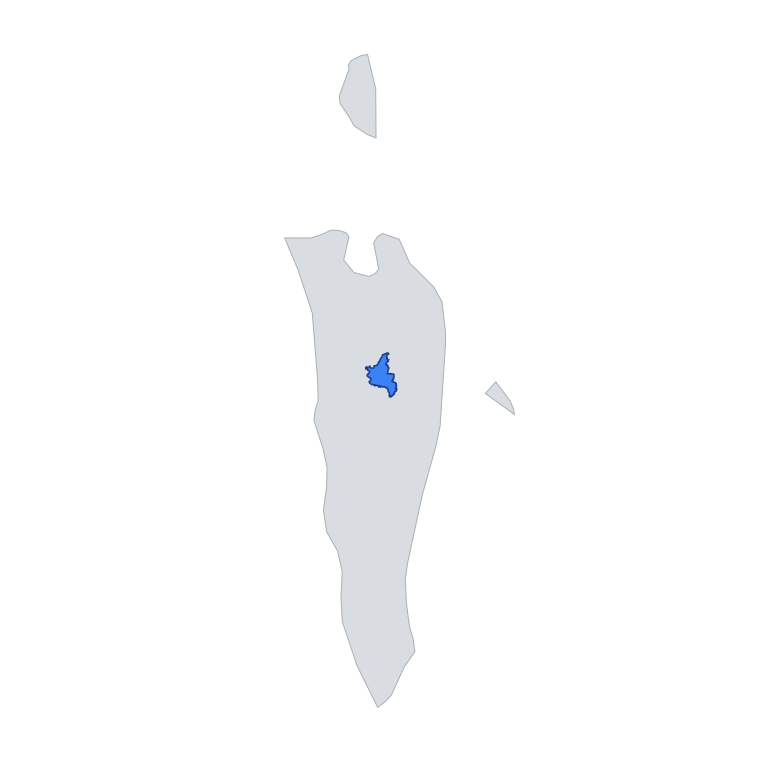 Maubisse, Ainaro, East Timor shown in context, rotated 105°
{"feature_id": "22284137B40449592168850", "entity_name": "Maubisse", "entity_type": "district", "adm_level": 2, "iso_a3": "TLS", "parent_name": "East Timor", "parent_adm1": "Ainaro", "projection": "albers", "projection_center": [125.632, -8.847], "detail": "fine", "context": "in_parent", "style": "filled", "palette": "blue", "viewbox_px": 768, "rotation_deg": 105, "n_neighbors": 0, "source": "geoboundaries", "source_scale": "gbopen_adm2", "svg_char_len": 6181}
<svg xmlns="http://www.w3.org/2000/svg" viewBox="0 0 768 768"><g transform="rotate(105 384 384)"><path d="M268.6,517.8L261.9,492.4L254.8,481.6L249.3,475.4L247.4,467.7L247.7,459.7L251.0,456.0L274.7,455.0L284.1,441.9L284.0,426.3L279.3,421.0L274.6,418.8L250.2,430.5L243.2,428.4L239.0,424.2L240.3,406.8L260.5,390.5L277.5,361.0L289.5,349.3L317.5,338.2L328.8,335.1L410.2,318.9L429.7,317.8L481.3,318.3L550.4,314.9L567.5,312.8L589.7,305.7L611.1,296.9L622.6,289.9L634.5,284.9L652.2,291.3L682.4,296.3L690.5,300.5L698.0,306.4L662.9,337.3L624.3,362.8L600.7,370.5L576.2,375.7L557.5,385.5L541.7,401.1L521.6,409.8L498.9,412.7L479.5,417.3L461.9,426.4L437.5,442.1L427.6,443.7L417.1,443.3L396.9,449.3L333.9,471.7L295.9,496.6L268.6,517.8ZM70.0,485.2L101.1,468.4L148.4,455.4L147.3,464.8L142.5,479.6L135.3,486.5L124.5,499.0L117.4,501.8L89.0,499.2L85.3,501.0L80.4,499.7L73.1,491.7L70.0,485.2ZM379.7,250.2L366.9,283.7L352.9,276.6L367.8,257.7L374.9,252.2L379.7,250.2Z" fill="#d9dde1" stroke="#a8b0b8" stroke-width="1"/><path d="M353.1,388.3L353.2,388.5L353.2,388.9L353.4,389.1L353.5,389.5L354.0,389.9L354.2,390.1L354.3,390.3L354.7,390.5L354.7,391.0L355.1,391.5L355.6,391.7L355.6,392.0L355.8,392.4L355.9,392.7L356.0,392.8L356.3,392.9L357.9,393.0L358.9,393.2L359.7,393.6L361.4,394.1L362.2,394.0L362.7,394.0L363.0,394.1L363.6,394.6L363.9,394.9L364.0,394.8L364.2,394.5L364.4,394.4L364.6,394.5L364.8,394.8L365.4,395.0L366.2,394.8L366.4,394.9L366.6,395.2L366.9,395.5L367.3,395.7L367.4,395.8L367.8,395.9L367.8,396.1L367.9,396.3L368.1,396.5L368.3,396.5L368.5,397.2L368.8,397.5L368.9,398.0L369.1,398.2L369.2,398.3L370.2,398.2L370.3,398.1L370.5,398.1L371.0,398.1L370.9,398.1L371.1,398.3L371.3,398.5L371.5,398.5L371.8,399.3L371.8,399.7L371.8,400.0L371.9,400.5L371.8,401.0L371.5,401.1L371.1,401.6L370.8,402.0L370.4,402.4L370.7,402.7L370.8,402.7L371.1,402.6L371.5,402.8L372.1,403.6L372.1,404.2L371.9,404.8L372.0,405.0L371.9,405.2L372.1,405.5L372.5,405.6L373.1,406.0L373.4,405.9L373.6,405.7L373.8,405.3L373.9,405.2L374.2,405.2L374.3,405.1L373.8,404.8L373.7,404.4L373.3,403.9L373.7,403.7L373.8,403.8L374.5,403.5L374.5,403.4L374.9,403.2L375.1,403.0L375.0,402.0L375.2,401.3L375.4,401.3L375.7,401.1L375.9,401.1L376.0,401.1L376.2,401.3L377.1,401.3L377.5,401.5L377.8,401.7L378.3,401.7L378.7,401.9L378.8,402.3L379.0,402.5L380.0,402.5L380.4,402.4L380.6,402.2L380.8,401.8L380.8,401.6L381.2,400.9L381.3,400.9L381.3,400.7L381.6,399.9L381.5,399.4L382.0,398.8L382.0,398.6L382.2,398.4L382.3,398.0L382.5,397.8L382.9,397.8L383.2,397.7L383.5,397.6L384.1,397.9L384.2,398.2L384.5,398.2L385.0,398.4L385.2,398.6L385.4,398.7L385.6,398.9L386.0,398.8L386.1,398.6L386.3,398.5L386.7,398.2L386.7,397.8L386.7,397.6L387.0,397.4L387.3,396.7L387.7,396.3L387.5,395.7L387.7,395.1L387.6,394.9L387.4,394.4L387.5,394.2L387.5,393.8L387.6,393.7L388.1,392.8L388.2,392.4L387.6,392.2L387.1,392.3L387.0,392.0L387.4,391.3L387.3,391.2L387.2,391.2L387.3,390.6L387.2,390.4L387.4,390.1L387.2,389.9L387.4,389.5L387.4,389.0L387.7,388.8L387.9,388.7L388.2,388.5L388.1,388.2L387.7,388.2L386.8,388.0L386.8,387.8L386.9,387.7L387.3,387.3L387.5,387.1L387.9,387.0L388.0,386.9L387.8,386.7L387.6,386.7L387.3,386.5L387.3,386.3L386.9,386.2L387.1,385.9L386.9,385.3L387.0,384.7L387.3,384.6L387.3,384.4L387.1,384.0L386.7,383.5L386.6,383.4L386.3,382.7L386.8,382.3L387.2,381.5L387.1,381.2L386.8,381.1L386.7,380.9L387.0,380.3L388.0,379.5L388.0,378.8L388.0,378.7L388.3,378.5L388.9,378.4L389.2,378.2L389.7,378.2L389.8,378.2L390.1,377.8L390.3,377.8L390.5,377.7L390.6,377.3L390.9,376.9L391.6,376.5L391.7,376.2L391.9,376.2L392.1,376.1L392.3,376.1L392.7,376.0L392.8,376.1L393.6,376.1L393.7,375.9L393.9,375.8L393.9,375.6L394.0,375.7L394.4,375.5L394.6,375.5L394.5,375.3L394.8,374.9L395.0,374.6L395.0,374.4L394.6,374.1L394.6,373.9L394.4,373.7L394.2,373.6L393.9,373.7L393.7,373.5L393.6,373.4L393.6,373.1L393.0,373.0L392.9,372.9L392.8,372.5L392.5,372.5L392.1,372.4L391.9,372.2L391.5,371.6L391.4,371.6L391.1,371.6L390.8,371.4L390.6,371.4L390.4,371.7L390.4,372.0L390.2,372.0L389.8,371.8L389.4,371.9L389.3,371.7L389.1,371.7L388.9,371.3L388.7,371.3L388.3,371.3L388.1,371.0L387.9,371.0L387.7,370.9L387.4,371.3L387.1,371.3L387.1,371.2L387.6,370.7L387.5,370.3L387.1,370.5L386.8,370.5L386.6,370.3L386.0,370.6L385.8,370.5L385.5,370.9L385.4,370.8L385.2,370.7L385.2,371.1L385.0,371.4L384.8,371.6L384.7,371.8L384.5,371.7L384.7,371.2L384.3,371.3L383.6,371.4L383.2,371.4L383.3,371.7L382.6,371.9L382.4,371.7L382.2,371.6L381.8,371.7L381.6,372.0L381.0,372.1L380.9,372.3L380.7,372.2L380.5,372.3L379.8,373.1L379.9,373.5L379.6,373.7L379.5,373.9L379.6,374.1L379.8,374.5L379.7,375.1L379.7,375.4L379.7,375.7L379.4,375.8L379.4,376.3L379.5,376.5L379.4,376.7L379.2,376.5L379.0,377.0L378.9,377.0L378.3,376.6L377.8,376.7L377.7,376.6L377.6,376.4L377.4,376.2L377.2,376.2L377.3,376.5L377.2,376.5L376.8,376.5L376.7,376.2L376.3,376.6L376.2,376.7L375.5,376.2L375.3,376.1L374.8,376.0L374.4,376.1L373.4,376.8L373.2,376.8L372.5,376.6L372.2,376.8L372.0,377.5L371.9,378.0L372.4,378.7L372.6,379.5L372.3,379.6L372.4,379.8L372.4,380.0L372.5,380.3L372.4,380.4L372.4,380.5L372.5,380.8L372.3,380.9L372.4,381.1L372.5,381.2L372.7,381.5L372.8,381.6L372.9,382.5L372.8,383.0L372.9,383.3L372.7,383.2L372.4,383.0L372.2,383.3L372.0,383.5L371.7,383.6L371.4,383.5L370.8,383.6L370.4,383.5L369.5,383.5L368.8,383.7L368.6,383.6L368.4,383.7L368.1,383.5L368.0,383.4L367.7,383.4L367.4,383.6L367.5,383.7L367.3,383.8L367.2,383.9L367.1,383.7L366.9,383.9L366.9,384.2L366.7,384.2L366.6,384.5L366.4,384.4L366.3,384.8L366.1,385.0L365.8,385.2L365.4,385.3L365.0,385.2L364.8,385.3L364.7,385.5L365.0,386.0L365.1,386.5L365.0,386.8L364.8,386.6L364.5,386.7L364.4,387.2L364.4,387.3L364.2,387.5L363.7,387.4L363.4,387.1L362.7,387.2L362.4,387.0L362.2,386.8L362.1,386.5L361.8,386.3L361.6,386.1L361.3,386.1L360.9,385.7L360.7,385.9L360.3,386.1L360.0,386.1L359.8,386.0L359.9,386.3L360.0,386.5L359.9,386.8L359.5,386.7L359.1,386.8L358.8,387.2L358.9,387.5L358.9,387.8L358.7,387.8L358.6,387.6L358.2,387.5L357.9,387.6L357.6,388.0L357.4,388.0L357.2,388.2L357.1,388.4L356.8,388.7L356.3,388.7L355.8,388.4L355.4,388.4L355.2,388.3L354.5,388.0L354.0,387.5L353.9,387.3L353.5,387.2L353.2,387.6L353.2,387.8L353.3,388.0L353.1,388.3Z" fill="#3b82f6" stroke="#1e3a8a" stroke-width="1.5"/></g></svg>